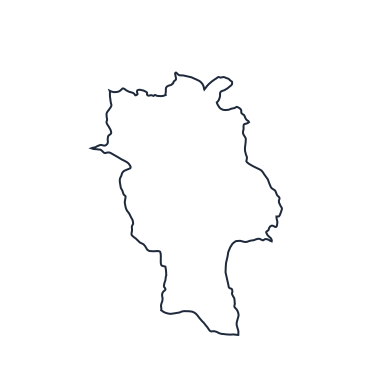 the district of Minh Long, Quảng Ngãi, Vietnam, rotated 311°
{"feature_id": "81297802B89663618716792", "entity_name": "Minh Long", "entity_type": "district", "adm_level": 2, "iso_a3": "VNM", "parent_name": "Vietnam", "parent_adm1": "Quảng Ngãi", "projection": "natural_earth1", "projection_center": [108.678, 14.947], "detail": "fine", "context": "isolated", "style": "outline", "palette": "slate", "viewbox_px": 384, "rotation_deg": 311, "n_neighbors": 0, "source": "geoboundaries", "source_scale": "gbopen_adm2", "svg_char_len": 6018}
<svg xmlns="http://www.w3.org/2000/svg" viewBox="0 0 384 384"><g transform="rotate(311 192 192)"><path d="M238.8,270.5L239.8,267.5L241.1,264.6L242.4,263.3L244.1,262.6L245.0,261.8L245.3,260.7L245.3,259.3L245.5,258.1L247.4,254.4L247.6,253.4L247.1,249.6L247.3,248.8L247.6,247.9L249.4,244.3L251.3,240.9L252.7,234.9L253.4,232.6L253.7,230.6L253.7,229.8L253.4,228.2L251.6,221.5L250.7,217.0L250.5,214.3L250.7,213.3L251.0,212.7L252.7,211.8L254.0,210.9L254.9,209.7L255.5,208.3L255.9,207.8L257.7,205.2L259.1,203.8L260.2,202.9L264.5,200.0L266.5,198.5L267.4,197.7L268.0,196.8L269.1,193.3L269.9,191.8L270.6,191.2L273.8,189.3L275.1,188.0L276.4,187.1L277.1,186.9L277.7,187.0L278.9,187.9L280.3,188.7L282.1,189.2L282.5,187.9L282.3,186.9L282.3,185.7L282.5,184.7L282.8,183.8L283.6,182.3L284.2,181.0L283.9,178.7L284.1,177.3L285.0,176.4L285.9,175.6L286.3,174.8L286.4,174.3L286.4,172.6L286.1,171.2L285.7,170.0L284.7,169.5L283.5,169.1L282.8,168.7L280.8,167.1L278.1,165.7L275.6,163.3L274.3,161.3L274.0,160.0L273.7,158.8L273.8,157.1L274.7,154.2L275.4,152.6L275.9,151.9L277.2,152.1L278.9,151.9L281.3,151.0L283.0,150.1L284.5,148.7L285.8,148.0L287.0,148.0L288.1,148.5L290.0,149.6L293.2,150.7L298.3,151.6L299.5,151.5L300.6,150.8L301.3,150.1L301.5,149.6L301.4,149.2L301.3,147.8L301.4,145.4L301.2,144.7L300.4,142.9L300.1,141.6L299.4,140.3L298.7,139.8L298.1,139.3L297.1,138.5L296.3,136.8L295.9,136.4L295.4,136.2L293.2,135.7L292.0,135.3L288.2,134.4L284.6,133.9L282.2,133.8L279.1,134.0L277.4,134.1L277.7,133.5L278.8,132.2L279.6,130.9L280.3,129.2L280.6,127.8L280.7,126.0L280.7,125.4L280.6,124.6L279.7,121.2L278.8,118.4L278.5,117.2L277.9,115.7L277.6,115.2L274.7,109.8L274.2,108.9L272.1,106.3L271.7,105.4L271.6,105.1L271.7,102.1L271.7,101.7L271.3,101.3L270.9,101.3L270.5,101.4L270.3,101.6L269.8,102.1L267.6,105.0L266.5,106.0L265.5,106.1L264.2,105.8L263.1,105.8L261.6,106.5L260.9,106.1L260.6,106.2L259.6,106.2L258.3,105.5L256.8,104.5L255.4,104.0L254.6,103.9L253.9,104.0L253.3,104.2L252.8,104.5L250.7,106.3L248.8,107.6L248.2,108.1L248.0,108.5L245.6,107.2L244.0,105.7L242.6,103.9L241.6,102.5L241.2,101.0L240.8,100.3L239.3,99.9L238.7,98.5L238.2,97.5L236.6,96.4L236.1,95.8L235.8,95.0L236.0,94.3L236.5,93.6L237.2,93.2L237.5,92.7L237.6,92.3L237.4,91.3L236.8,89.0L235.0,85.6L233.8,84.5L233.0,84.1L232.7,84.1L231.8,84.5L230.9,85.5L230.7,86.1L230.1,86.7L229.1,86.6L228.5,86.4L227.8,85.8L227.8,85.4L228.0,85.0L228.2,84.2L228.2,83.4L228.1,82.6L227.6,81.3L226.4,78.8L225.6,75.7L225.5,73.3L225.1,72.3L224.6,71.7L221.3,71.3L219.6,70.7L218.0,69.5L216.1,67.5L214.9,65.2L214.4,63.3L213.8,64.4L211.9,65.9L210.2,67.5L206.4,71.8L204.9,74.0L204.1,74.6L202.3,75.1L200.5,75.2L199.5,75.4L198.0,75.4L196.6,75.6L195.5,75.9L194.4,76.6L193.6,77.5L192.7,78.3L191.0,80.4L190.2,80.9L189.3,81.2L188.7,81.6L188.3,82.0L187.8,82.8L187.2,84.5L186.7,86.3L185.6,89.4L184.7,91.0L183.7,92.2L182.9,92.5L182.1,92.5L179.8,92.0L178.9,92.2L177.0,93.4L176.1,94.1L174.5,95.8L173.5,96.3L172.5,96.5L171.3,96.4L170.2,96.0L169.4,95.3L169.1,94.8L167.9,92.5L167.1,91.8L164.6,90.5L162.1,89.6L160.6,88.3L159.0,87.4L159.8,89.4L161.8,92.1L163.3,94.3L163.9,95.2L164.0,96.0L164.0,97.2L163.9,98.9L163.9,99.8L164.1,100.5L164.6,101.1L165.6,101.7L166.9,102.8L167.6,103.8L168.0,104.7L169.4,111.7L170.5,117.8L171.3,120.8L171.8,123.2L171.9,124.6L171.8,125.9L171.3,127.9L170.7,129.2L170.1,129.6L169.5,129.8L168.3,129.3L164.1,127.2L162.8,126.8L161.7,126.7L160.0,127.0L157.9,128.0L155.5,128.6L153.9,129.4L151.9,131.3L148.4,135.6L147.4,138.4L145.7,141.3L145.3,142.2L145.2,144.6L144.8,145.0L143.5,145.9L142.6,146.4L140.2,147.9L138.9,149.4L136.8,152.1L135.8,153.9L135.2,155.4L134.9,157.2L134.5,158.8L132.8,162.9L132.1,164.9L131.7,165.8L130.0,167.9L129.4,168.4L126.9,169.1L126.1,169.5L125.0,170.7L123.6,172.0L121.9,173.0L120.6,173.9L120.1,174.5L119.9,175.0L119.8,176.2L119.8,177.7L120.0,180.2L119.7,185.7L120.4,188.4L120.7,189.8L120.5,191.3L120.3,192.4L119.1,196.0L119.3,197.6L119.6,198.7L120.2,199.5L121.8,201.6L123.9,203.8L124.6,204.4L124.9,205.0L125.5,205.6L125.9,206.5L125.9,207.2L125.1,208.6L123.3,210.4L118.5,214.5L117.2,215.9L116.9,216.5L116.6,217.2L116.7,217.8L118.2,220.9L115.6,224.0L112.2,227.3L111.4,227.5L107.8,229.9L105.9,230.6L103.4,231.9L102.5,232.6L102.1,233.2L101.7,234.9L101.2,235.8L100.7,236.0L99.9,236.0L98.3,235.7L97.2,235.8L96.1,236.1L95.1,236.6L94.0,237.6L92.8,239.2L91.4,240.4L90.1,241.2L88.0,242.0L86.6,242.7L85.5,243.5L83.8,245.5L82.5,246.3L82.7,247.5L82.8,248.9L83.1,250.2L83.9,252.3L84.9,254.2L85.9,255.7L88.0,257.6L91.9,260.8L92.6,261.5L93.5,261.9L95.4,262.9L97.0,264.3L100.3,268.3L101.8,270.6L102.5,272.8L102.7,274.8L102.5,276.7L101.8,280.0L101.2,284.0L101.0,286.9L100.3,290.3L100.1,291.9L99.4,294.6L99.0,296.3L99.1,297.2L99.5,298.1L100.5,299.0L101.5,300.1L102.6,302.3L103.2,304.8L103.9,306.7L107.4,311.8L109.6,314.6L111.7,316.7L113.3,319.1L114.5,320.7L115.3,320.1L117.4,318.3L120.8,313.1L121.5,312.4L123.1,311.2L128.6,308.6L129.7,307.9L131.3,305.9L132.1,304.3L132.4,303.4L132.7,302.4L132.9,300.2L133.1,299.5L133.5,299.0L134.3,298.4L135.8,297.7L136.4,296.8L137.5,295.9L139.2,294.0L139.7,293.3L140.2,291.5L141.2,289.2L142.1,288.4L142.8,288.2L143.5,287.7L144.6,286.3L144.8,285.9L144.8,285.6L144.8,285.1L144.4,284.2L144.1,283.3L144.2,282.7L144.3,282.2L146.1,279.9L153.4,270.0L157.9,266.4L160.7,264.3L167.1,260.9L170.0,259.0L172.1,258.2L175.5,257.1L179.5,256.5L181.5,256.8L183.2,257.2L184.0,257.6L185.2,258.8L186.7,260.3L187.7,262.2L188.5,263.9L189.3,265.1L190.6,266.3L192.3,267.2L194.1,268.4L196.2,270.3L198.2,271.3L200.0,272.5L201.1,273.9L201.5,275.8L202.1,277.3L204.4,278.1L205.2,278.9L206.1,280.8L206.6,283.4L207.0,284.5L207.8,284.0L208.4,283.0L208.8,282.0L208.9,278.3L209.0,277.4L209.6,275.7L210.2,274.5L210.7,274.2L211.5,274.3L213.3,274.7L213.8,274.6L214.5,274.2L215.2,273.9L217.1,273.6L218.2,273.9L219.0,274.3L219.4,274.9L219.8,275.7L220.0,277.0L220.3,277.9L220.6,278.2L221.1,278.4L222.0,278.3L223.9,277.2L225.6,275.9L227.3,273.5L228.9,271.8L230.4,273.5L230.9,273.6L231.7,273.5L232.7,273.3L233.9,272.8L235.5,272.2L237.6,271.3L238.8,270.5Z" fill="none" stroke="#1e293b" stroke-width="2"/></g></svg>